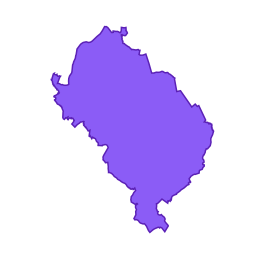 Hodosa, Mures, Romania, rotated 281°
{"feature_id": "2599482B90961317580174", "entity_name": "Hodosa", "entity_type": "district", "adm_level": 2, "iso_a3": "ROU", "parent_name": "Romania", "parent_adm1": "Mures", "projection": "natural_earth1", "projection_center": [24.814, 46.646], "detail": "fine", "context": "isolated", "style": "filled", "palette": "violet", "viewbox_px": 256, "rotation_deg": 281, "n_neighbors": 0, "source": "geoboundaries", "source_scale": "gbopen_adm2", "svg_char_len": 5746}
<svg xmlns="http://www.w3.org/2000/svg" viewBox="0 0 256 256"><g transform="rotate(281 128 128)"><path d="M163.5,193.2L162.4,191.9L164.3,189.4L160.8,186.6L174.6,172.4L173.1,168.9L184.9,164.3L185.9,164.5L186.6,162.6L186.9,162.6L188.7,159.2L189.0,157.8L190.0,156.5L190.0,155.9L189.5,154.8L189.3,153.9L189.8,152.0L190.1,151.6L190.1,150.5L188.9,148.7L188.3,146.7L188.3,145.6L187.7,144.2L186.9,143.0L186.5,140.7L195.4,136.2L204.0,131.4L202.4,128.8L201.8,126.4L202.3,124.8L206.4,124.9L206.2,124.4L206.3,124.0L206.7,123.7L207.0,123.0L206.1,121.0L206.0,117.4L205.6,116.8L205.9,116.2L206.5,115.6L206.7,115.1L208.0,113.1L207.9,112.4L208.2,111.9L208.8,110.8L209.3,109.4L210.1,108.4L210.2,108.0L210.0,107.3L210.1,107.0L210.6,106.6L211.7,106.6L212.0,106.4L212.1,106.1L212.9,106.0L213.6,105.2L214.7,105.2L215.2,105.0L215.3,104.7L216.8,104.7L217.0,104.0L218.3,103.7L218.6,104.2L218.3,104.9L218.1,105.6L218.0,107.2L218.3,108.0L220.7,109.1L221.1,109.3L221.6,109.0L222.7,108.2L223.1,107.4L223.5,107.5L226.3,106.8L225.6,105.2L225.5,102.3L222.3,102.8L220.6,102.5L220.0,102.0L220.7,100.0L220.8,99.0L220.5,97.9L220.4,95.0L220.3,94.8L219.1,95.3L218.6,94.0L218.8,93.4L222.4,89.4L222.9,88.7L223.4,87.3L223.1,86.4L223.1,85.7L218.5,84.2L215.2,82.8L211.9,80.1L206.5,76.3L205.1,74.8L204.4,73.0L204.6,70.5L203.4,67.7L201.7,65.9L200.6,65.2L195.8,62.9L190.4,63.1L189.0,62.9L186.4,63.0L182.4,62.0L181.0,62.0L179.4,61.6L173.1,62.2L171.4,62.2L167.9,60.7L165.3,60.4L162.8,60.7L159.6,61.5L158.9,60.8L158.4,59.9L157.9,58.0L157.8,56.5L158.1,55.3L157.7,54.2L157.8,53.9L158.5,52.1L158.5,50.9L158.3,50.3L165.4,51.4L165.6,51.8L166.0,51.9L165.9,51.2L166.1,50.7L165.4,49.9L165.4,49.4L165.5,49.1L166.1,48.7L166.0,48.3L166.1,48.1L167.0,47.9L166.7,47.6L166.6,47.1L166.4,46.5L166.5,45.9L166.9,45.1L167.6,45.2L167.3,44.8L166.7,44.4L166.3,44.6L165.5,44.2L165.0,44.3L162.6,44.0L162.0,44.2L161.4,44.1L161.1,43.4L160.4,43.7L159.7,44.6L159.2,45.0L158.0,45.3L157.5,45.8L156.8,45.8L156.1,46.7L155.3,46.9L155.3,47.1L155.7,47.3L155.2,47.7L155.0,48.1L153.7,49.1L152.9,50.7L152.3,50.7L151.9,51.0L151.9,51.7L151.5,52.5L150.7,53.0L150.1,53.1L149.9,53.5L149.5,53.2L148.9,53.6L148.2,53.0L148.2,52.9L148.5,52.5L147.7,52.3L146.1,50.6L145.7,49.8L145.1,49.3L144.7,49.3L144.4,49.5L144.2,51.1L143.0,51.5L141.9,51.4L141.8,50.6L141.5,50.5L140.1,52.0L139.4,53.1L138.5,53.6L138.2,54.0L138.0,54.4L137.8,55.6L136.6,57.7L136.9,57.8L136.3,58.5L135.7,58.8L135.7,59.2L134.7,59.5L132.1,61.3L131.5,61.2L125.9,62.0L124.7,62.8L124.3,63.9L124.8,64.1L125.4,64.6L126.2,64.9L126.3,65.1L126.1,65.6L126.3,66.1L126.9,66.4L127.2,66.8L126.2,66.6L125.6,66.6L124.9,67.2L124.7,67.6L124.8,67.8L125.3,67.7L126.6,68.6L126.8,69.6L126.3,70.3L127.2,70.5L127.1,70.9L126.9,71.0L127.0,71.3L126.8,71.6L126.9,72.2L125.8,72.9L125.6,73.5L125.0,73.8L124.6,73.4L123.5,73.3L121.2,72.1L118.7,75.7L121.7,77.6L123.7,79.6L124.8,80.2L125.1,81.5L125.9,82.9L125.9,83.5L123.6,83.4L123.4,84.2L122.2,84.0L121.7,84.8L120.4,86.3L120.7,86.5L117.5,89.5L117.8,90.2L118.5,91.0L112.6,91.4L112.4,91.7L113.3,92.2L110.6,94.5L112.2,95.0L111.8,96.2L111.5,96.5L111.6,96.9L111.2,98.1L108.7,99.8L108.0,101.3L106.6,101.9L105.2,101.9L105.1,102.0L105.3,102.7L105.7,106.1L106.2,106.2L107.4,108.7L107.4,109.8L107.2,110.5L106.6,111.2L105.0,112.3L96.6,109.4L94.7,109.0L92.7,109.6L92.2,109.5L91.8,109.8L91.6,110.3L90.4,111.8L89.6,112.5L90.4,114.7L86.4,116.0L84.4,116.3L81.6,117.2L80.6,117.4L80.8,117.9L80.3,120.7L79.6,121.5L79.2,122.3L77.8,123.8L76.8,126.4L75.7,127.6L74.8,130.4L74.1,131.6L73.5,133.2L73.0,135.7L71.9,137.3L71.2,137.7L70.1,139.0L69.9,139.5L69.5,139.9L69.7,140.2L69.6,140.5L69.2,141.2L69.1,141.8L68.6,142.0L68.8,142.4L68.6,142.8L68.6,143.1L69.4,144.2L68.6,144.8L68.8,145.2L70.3,146.1L68.1,147.4L65.6,146.0L63.0,145.3L61.3,144.3L57.9,144.5L57.2,145.0L56.0,145.3L54.5,149.5L54.9,150.4L55.6,151.0L55.6,151.4L55.2,151.8L53.6,150.3L53.2,150.2L51.3,150.6L49.5,151.9L47.5,151.5L44.4,152.3L40.2,151.1L39.1,152.4L39.7,153.2L39.4,155.0L39.2,155.5L39.0,155.9L37.5,157.5L37.1,158.3L36.7,161.0L36.8,161.6L37.2,162.1L36.7,163.1L35.1,164.9L31.2,167.7L29.7,169.4L32.6,171.7L34.1,173.2L36.3,176.5L36.4,177.0L36.2,177.7L35.9,178.0L36.3,178.5L36.7,178.6L36.5,180.1L33.2,183.9L39.5,186.2L40.1,185.9L42.4,183.0L43.5,181.8L44.0,181.6L45.4,181.8L46.1,181.6L47.0,180.9L47.9,179.8L48.1,178.9L49.4,177.2L48.6,176.2L48.6,175.3L48.9,174.2L49.5,173.6L50.3,173.3L51.7,173.6L51.7,172.8L53.6,171.7L54.1,171.2L56.8,171.0L59.1,170.4L59.4,171.3L61.6,172.9L64.7,174.9L61.8,181.3L64.2,181.2L64.2,181.5L63.7,181.7L64.2,181.9L64.8,182.7L64.4,182.9L64.1,183.4L65.3,183.9L65.3,184.1L66.5,184.2L66.5,183.8L68.7,184.2L69.6,184.5L71.2,186.4L72.2,188.2L72.8,188.0L73.5,188.7L76.0,191.0L77.4,191.9L80.0,194.6L83.3,197.1L84.0,198.4L84.3,198.6L84.7,198.6L85.5,197.8L86.9,198.9L86.5,199.6L86.9,199.8L88.3,198.6L89.8,197.7L90.2,197.8L91.5,198.6L92.4,198.8L94.6,201.0L95.3,202.1L95.3,202.8L97.3,206.4L99.6,206.2L100.4,206.7L101.5,208.6L101.8,208.8L103.4,209.0L105.1,210.1L106.3,209.9L106.4,209.4L106.2,208.9L106.3,208.6L106.6,208.3L107.1,208.1L107.9,208.1L108.7,209.1L109.7,209.0L111.2,208.3L111.7,207.5L112.0,207.2L113.6,206.8L115.9,207.3L116.0,207.7L117.6,208.1L118.8,208.4L120.8,208.3L121.6,208.7L122.5,208.8L122.7,210.0L126.3,212.1L128.8,212.2L130.0,212.2L131.4,211.7L133.4,211.3L135.7,211.8L137.5,212.3L141.3,212.6L141.6,212.2L141.7,211.6L142.1,211.7L142.2,211.3L143.0,211.1L143.2,210.5L144.2,210.5L144.4,210.4L144.4,210.0L144.6,209.9L145.1,210.1L145.4,209.7L146.6,209.9L146.9,209.7L147.3,209.6L147.2,209.4L147.6,209.3L147.6,208.9L147.8,208.8L148.1,208.4L147.8,207.8L148.3,207.6L148.3,207.4L147.9,207.2L148.2,206.8L147.7,206.4L148.3,206.0L148.3,205.6L148.7,205.2L148.7,204.3L148.4,204.0L148.4,203.8L148.5,202.8L148.7,202.4L148.6,201.8L150.6,202.7L163.5,193.2Z" fill="#8b5cf6" stroke="#5b21b6" stroke-width="1.5"/></g></svg>